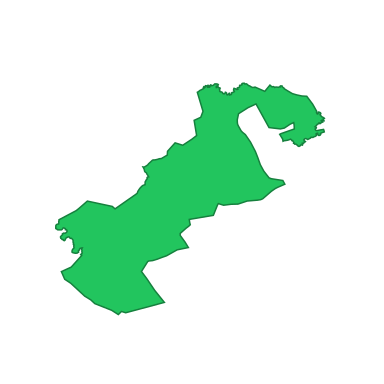 the district of Maiyama, Kebbi, Nigeria, rotated 74°
{"feature_id": "59680162B34961354684930", "entity_name": "Maiyama", "entity_type": "district", "adm_level": 2, "iso_a3": "NGA", "parent_name": "Nigeria", "parent_adm1": "Kebbi", "projection": "robinson", "projection_center": [4.24, 12.008], "detail": "fine", "context": "isolated", "style": "filled", "palette": "green", "viewbox_px": 384, "rotation_deg": 74, "n_neighbors": 0, "source": "geoboundaries", "source_scale": "gbopen_adm2", "svg_char_len": 5944}
<svg xmlns="http://www.w3.org/2000/svg" viewBox="0 0 384 384"><g transform="rotate(74 192 192)"><path d="M290.5,249.0L276.2,255.0L262.7,259.4L254.5,262.5L246.7,253.8L246.4,252.6L247.1,248.7L247.0,243.8L246.6,239.2L246.3,234.0L243.5,222.2L244.4,210.8L238.2,212.5L230.5,215.3L228.6,214.8L225.1,207.5L224.0,204.6L223.0,202.7L220.7,202.6L217.6,202.2L220.3,177.9L211.7,171.2L210.4,169.9L213.4,165.3L214.6,157.7L216.3,151.1L215.9,141.4L217.9,131.3L218.3,128.1L218.0,125.9L213.2,115.5L212.0,112.1L211.6,110.8L211.1,108.2L210.1,100.6L206.0,101.5L201.4,111.4L200.7,112.7L200.1,113.3L199.7,114.0L191.8,117.2L184.6,118.8L176.8,119.3L170.5,119.9L160.2,122.0L151.5,124.9L148.7,126.9L146.8,127.9L141.4,129.2L139.4,129.5L137.5,129.2L135.1,128.6L129.6,125.7L126.4,115.0L125.0,106.2L151.3,100.2L155.7,89.7L156.0,85.6L153.9,79.1L153.3,75.1L155.9,75.4L159.6,76.3L160.4,90.3L160.7,91.8L166.1,90.3L168.3,90.5L168.1,89.4L168.3,88.4L168.6,85.6L168.4,82.6L169.3,82.1L170.3,81.7L170.3,81.1L171.6,80.8L172.4,80.4L173.2,80.9L173.4,80.3L174.3,80.1L174.6,78.9L175.5,78.4L176.1,77.7L177.0,77.5L177.7,76.6L177.4,75.2L177.0,75.0L176.8,74.6L176.8,74.0L177.4,73.1L177.1,72.6L176.6,72.5L175.8,72.7L175.5,72.6L175.6,72.3L175.8,72.1L175.9,71.7L175.7,70.9L175.2,70.5L175.0,70.0L175.0,69.3L174.8,69.0L174.5,69.2L173.9,70.1L173.1,69.9L172.7,70.1L172.4,69.9L172.2,69.4L171.9,68.8L171.9,68.2L172.1,67.6L173.4,66.3L172.8,63.1L172.3,62.8L172.3,62.2L172.9,60.7L172.6,59.9L172.5,58.1L172.0,56.8L171.5,56.6L170.4,56.8L170.1,56.4L170.0,55.4L170.1,55.0L170.7,55.2L172.3,54.9L172.7,54.4L172.7,53.2L172.2,52.5L171.9,52.3L171.1,52.4L170.8,50.6L170.7,48.3L169.0,48.2L168.1,48.3L167.6,52.5L167.5,54.4L167.3,55.2L166.9,56.0L165.7,56.3L165.4,56.3L164.9,55.1L164.4,54.7L163.8,54.9L163.6,55.4L163.2,55.8L162.0,53.5L161.5,53.1L161.4,52.0L161.0,51.3L160.6,51.0L160.7,50.6L161.2,50.6L161.6,50.2L161.5,49.5L161.0,48.9L160.8,47.3L159.4,48.2L159.0,48.2L158.8,47.7L159.0,47.3L159.6,46.7L159.9,46.1L160.1,45.6L159.6,45.4L158.2,46.0L157.9,45.8L157.7,44.5L157.0,44.8L155.2,46.7L153.8,47.2L153.2,47.6L152.7,47.5L152.3,46.6L151.5,46.6L150.8,47.1L150.0,48.2L150.1,48.6L150.7,49.0L151.2,49.1L151.5,49.3L151.6,49.8L151.5,50.1L150.1,50.5L148.8,49.9L140.8,51.8L131.6,55.3L130.0,59.9L127.5,64.6L125.1,68.4L121.0,72.3L118.1,74.9L117.5,74.9L115.9,76.2L114.9,76.2L114.4,77.6L114.5,78.0L114.8,78.3L115.3,78.3L115.1,78.9L115.1,79.4L115.2,80.1L114.9,80.5L114.7,81.2L114.2,82.4L114.3,83.8L113.6,84.1L113.3,84.4L113.0,85.0L113.1,85.8L112.9,86.2L110.7,87.6L115.3,94.3L108.5,102.5L108.8,102.9L108.5,103.5L108.2,105.0L107.2,106.2L105.9,107.3L105.4,108.2L103.1,109.7L102.8,110.9L102.8,111.4L101.8,111.8L101.5,113.3L101.5,113.8L101.8,114.3L102.5,114.3L102.8,114.6L102.7,115.4L102.8,115.9L102.6,116.8L103.0,117.0L103.5,117.0L104.0,117.2L104.4,117.6L104.3,118.8L104.5,119.8L105.2,120.0L105.8,119.6L105.9,120.1L105.9,120.6L104.9,121.6L103.9,123.0L104.3,123.4L104.7,123.5L105.0,123.8L105.5,124.0L106.3,123.8L106.8,123.5L107.2,123.6L107.5,125.0L107.5,125.6L107.4,126.0L107.5,126.4L107.8,126.5L108.1,126.6L109.1,127.4L109.2,127.8L109.0,128.7L109.1,129.1L108.7,129.2L108.2,128.8L107.5,128.5L107.3,128.9L107.4,129.3L108.1,129.8L108.4,130.8L108.4,131.3L108.0,131.7L107.4,131.6L106.6,131.4L105.4,132.1L105.3,132.5L106.0,132.9L106.3,133.3L106.5,133.7L106.5,134.2L105.9,135.1L105.5,135.3L104.9,135.2L104.0,135.9L103.6,137.0L103.0,137.5L102.6,137.6L101.7,137.1L101.2,137.4L100.8,137.2L100.0,136.3L99.5,136.6L99.3,137.4L98.9,137.8L98.5,138.0L97.8,137.9L97.8,138.5L98.4,139.5L98.3,139.9L98.1,139.9L97.2,139.6L97.0,139.4L97.0,139.0L97.2,138.6L97.1,138.1L96.5,137.7L96.1,137.1L95.8,137.2L95.3,137.8L94.9,138.4L94.7,139.5L94.4,139.9L94.4,140.5L95.0,141.5L95.3,141.9L95.3,143.8L95.1,144.1L94.2,144.3L94.2,144.6L95.1,145.2L95.4,145.6L95.9,145.9L96.1,146.3L96.0,146.7L95.7,147.0L95.4,147.0L94.5,146.4L94.3,146.4L93.8,147.3L93.9,147.6L94.2,147.7L95.7,147.5L95.8,147.9L95.6,148.2L94.1,148.6L93.5,149.6L93.5,149.8L95.0,150.6L95.4,151.6L95.4,151.9L95.1,151.9L94.6,151.5L94.2,151.3L94.0,151.6L94.5,152.1L95.3,152.6L95.9,152.8L96.6,156.6L97.3,158.1L97.6,159.4L117.5,159.2L122.6,163.0L123.7,170.2L139.0,172.0L141.2,177.5L144.5,188.0L140.1,194.7L146.1,204.3L149.7,205.6L151.4,212.2L151.0,214.2L151.1,216.3L151.0,217.7L150.9,219.0L150.5,220.5L150.5,221.2L152.8,225.8L153.8,227.2L154.3,228.8L154.9,231.1L154.4,232.2L156.8,231.7L159.0,231.8L159.9,231.5L160.9,230.6L161.2,230.5L162.1,230.5L164.0,229.8L165.5,229.5L165.4,230.6L165.7,231.2L167.0,231.3L167.2,232.0L167.8,232.7L168.7,233.5L169.0,234.0L169.6,234.3L170.6,234.7L171.4,234.8L172.1,235.2L172.0,235.8L172.2,237.6L172.4,238.1L172.8,239.0L173.5,240.1L173.8,240.7L174.9,242.1L176.4,243.8L178.2,245.1L187.0,270.6L183.9,272.6L171.9,295.1L176.7,305.4L178.0,308.5L182.0,327.5L182.8,327.7L183.4,328.2L184.2,328.3L186.0,329.0L185.8,330.2L186.0,331.3L186.7,332.1L188.7,332.8L189.6,333.0L189.8,332.5L190.8,332.0L191.3,331.6L192.2,328.7L192.4,327.7L191.9,326.7L191.1,325.9L191.1,325.2L192.2,323.9L193.4,324.1L193.6,323.0L195.2,322.8L196.1,323.6L196.7,325.1L196.1,326.8L196.5,328.1L197.2,328.1L198.7,330.7L199.3,330.9L199.7,330.8L200.3,330.9L200.7,330.4L201.8,330.0L202.2,329.4L202.3,328.9L203.1,328.8L203.6,328.2L203.1,327.0L202.3,326.6L201.2,325.2L201.3,324.4L201.0,323.7L201.0,323.1L201.2,322.6L201.8,322.5L203.1,321.7L203.1,320.9L203.6,320.4L205.5,319.6L206.5,319.8L207.4,320.2L208.1,319.9L208.7,320.0L209.3,320.5L209.9,320.2L210.5,320.0L211.1,320.5L212.2,320.7L213.2,320.7L213.7,321.8L214.9,323.2L216.0,323.7L216.8,323.9L217.5,323.3L218.7,321.1L219.1,319.3L218.7,318.3L218.7,317.8L218.5,317.5L217.7,317.5L217.0,317.3L216.7,316.1L215.8,315.6L215.4,315.1L215.3,313.9L215.5,312.9L216.5,313.8L217.1,314.0L217.7,313.8L219.2,314.4L220.3,314.3L220.8,314.8L221.1,315.7L221.5,316.2L222.0,315.6L222.4,315.4L222.8,315.8L230.9,328.8L232.5,339.5L240.8,338.4L246.3,333.7L262.6,323.8L267.7,319.1L272.5,316.2L283.6,301.8L289.5,296.6L287.4,292.7L289.8,289.0L290.5,249.0Z" fill="#22c55e" stroke="#15803d" stroke-width="1.5"/></g></svg>